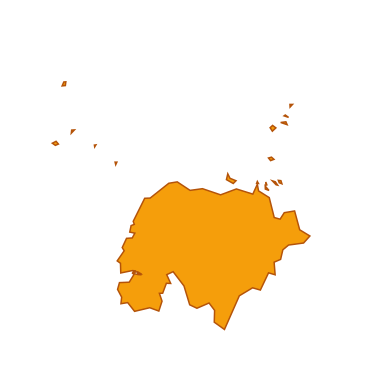 the district of Belitung Timur, Bangka-Belitung, Indonesia, rotated 254°
{"feature_id": "22746128B98690900191937", "entity_name": "Belitung Timur", "entity_type": "district", "adm_level": 2, "iso_a3": "IDN", "parent_name": "Indonesia", "parent_adm1": "Bangka-Belitung", "projection": "albers", "projection_center": [108.219, -2.955], "detail": "medium", "context": "isolated", "style": "filled", "palette": "amber", "viewbox_px": 384, "rotation_deg": 254, "n_neighbors": 0, "source": "geoboundaries", "source_scale": "gbopen_adm2", "svg_char_len": 1954}
<svg xmlns="http://www.w3.org/2000/svg" viewBox="0 0 384 384"><g transform="rotate(254 192 192)"><path d="M78.9,230.7L93.2,243.3L89.5,249.1L101.9,251.6L102.8,258.6L111.4,263.4L114.4,270.2L112.2,285.2L117.2,293.2L126.0,285.1L145.5,285.4L146.7,275.0L141.6,269.2L144.8,264.0L165.3,264.7L174.7,256.3L181.4,256.9L173.2,249.9L182.7,235.5L181.4,218.7L192.3,203.0L194.1,190.6L205.8,180.6L206.8,172.1L197.7,150.1L199.0,144.8L180.0,127.4L176.8,127.6L176.5,124.2L170.6,121.1L168.2,125.7L164.3,121.9L165.5,116.3L157.8,109.6L154.2,110.6L146.4,101.1L143.2,103.6L133.8,101.2L132.9,113.1L131.6,116.4L131.9,114.0L130.9,112.9L130.3,117.7L127.2,120.6L126.5,120.1L127.5,117.3L130.4,112.2L128.9,113.7L122.6,106.8L124.9,97.3L118.9,93.6L110.3,95.4L104.2,92.9L103.4,99.7L93.1,103.9L92.4,119.5L86.7,127.3L95.3,133.1L103.6,132.7L102.8,135.9L111.3,142.2L110.0,146.3L119.5,144.9L120.6,151.9L103.9,158.4L84.2,158.7L78.9,164.7L80.6,177.8L72.0,181.1L60.7,177.5L50.9,185.3L79.2,208.9L83.2,223.8L78.9,230.7ZM194.4,228.5L188.8,234.0L190.7,237.4L194.7,232.3L199.6,231.4L194.4,228.5ZM232.3,284.8L228.3,286.0L230.5,290.3L233.8,287.8L232.3,284.8ZM277.4,71.2L274.5,73.5L274.9,76.8L278.2,75.3L277.4,71.2ZM203.6,274.9L200.5,276.2L200.8,279.8L203.6,278.0L203.6,274.9ZM233.6,301.6L234.4,296.4L230.5,302.0L233.6,301.6ZM329.8,96.4L329.2,99.6L332.7,101.1L333.1,99.1L329.8,96.4ZM180.6,272.3L175.8,274.8L175.0,276.2L178.9,274.9L180.6,272.3ZM177.5,264.0L174.6,263.3L172.3,266.4L177.5,264.0ZM179.4,278.2L176.8,278.4L175.1,280.7L178.4,280.6L179.4,278.2ZM284.7,93.4L281.8,92.2L284.1,96.1L284.7,93.4ZM249.2,310.3L246.6,309.7L248.5,312.8L249.2,310.3ZM130.0,117.5L127.6,117.4L127.2,120.2L130.0,117.5ZM237.1,305.4L240.3,302.9L239.8,301.5L237.1,305.4ZM241.9,126.3L239.3,126.2L241.4,128.0L241.9,126.3ZM181.3,265.7L178.2,264.9L178.2,265.9L181.3,265.7ZM264.0,111.1L262.2,110.9L263.8,112.6L264.0,111.1ZM184.1,257.7L182.5,256.5L181.9,258.2L184.1,257.7Z" fill="#f59e0b" stroke="#b45309" stroke-width="1.5"/></g></svg>